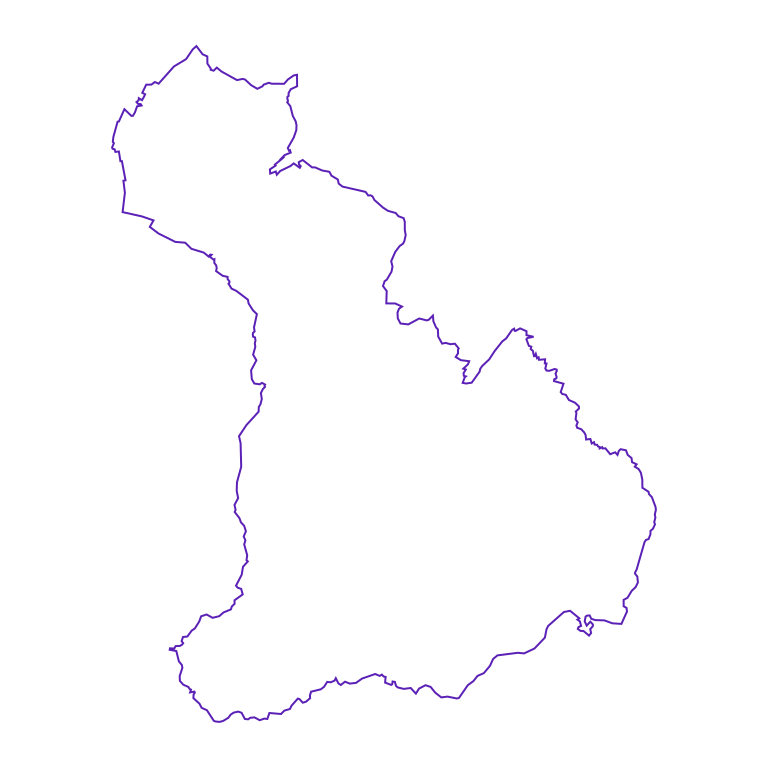 Bosorod, Hunedoara, Romania
{"feature_id": "2599482B85285073606156", "entity_name": "Bosorod", "entity_type": "district", "adm_level": 2, "iso_a3": "ROU", "parent_name": "Romania", "parent_adm1": "Hunedoara", "projection": "orthographic", "projection_center": [23.13, 45.647], "detail": "fine", "context": "isolated", "style": "outline", "palette": "violet", "viewbox_px": 768, "rotation_deg": 0, "n_neighbors": 0, "source": "geoboundaries", "source_scale": "gbopen_adm2", "svg_char_len": 6088}
<svg xmlns="http://www.w3.org/2000/svg" viewBox="0 0 768 768"><path d="M201.6,707.8L206.9,710.2L213.8,720.8L215.6,721.5L219.6,721.9L223.2,720.9L228.3,717.8L230.7,714.6L233.7,712.6L238.3,711.6L241.6,712.8L244.9,719.0L248.2,719.3L250.2,717.8L254.5,717.4L259.7,720.2L264.4,718.6L267.3,719.0L269.4,713.0L281.0,714.0L284.4,710.6L289.9,709.0L291.6,705.6L297.8,698.6L299.4,699.0L302.8,702.7L306.0,701.7L310.1,698.2L309.9,695.5L311.1,691.7L320.8,689.3L324.1,686.8L327.2,681.9L330.7,682.3L334.6,680.6L335.8,678.2L338.4,683.4L340.8,685.0L345.0,681.7L349.8,683.6L356.0,682.9L362.0,678.6L375.2,674.0L379.7,675.9L381.9,674.6L383.6,676.5L385.6,676.9L385.1,682.6L391.2,684.9L392.2,684.3L392.6,681.5L394.9,681.9L396.0,685.9L397.7,687.4L403.7,688.9L410.7,688.0L415.9,693.6L419.0,688.6L425.5,685.2L430.6,686.9L435.3,692.7L441.3,697.4L447.5,696.6L457.0,698.5L459.0,697.9L467.8,685.2L473.4,681.1L477.5,675.9L483.8,673.2L490.0,665.8L493.1,659.0L497.4,655.4L517.7,652.8L524.1,653.4L534.5,648.5L544.9,637.6L546.5,629.3L548.2,625.9L563.9,612.0L570.1,610.8L579.3,618.3L577.4,619.6L579.8,621.3L581.1,625.9L578.5,627.1L577.8,628.9L580.5,630.9L583.5,631.0L589.0,635.6L591.1,633.0L590.2,629.2L592.8,626.2L592.9,624.4L590.3,621.7L586.7,625.6L584.7,621.4L585.6,616.6L586.8,615.7L589.6,615.4L591.3,618.8L595.4,620.1L604.5,620.4L612.3,623.3L621.4,623.9L627.0,611.5L626.5,607.9L623.7,606.3L623.6,599.9L627.5,597.8L631.6,591.0L635.6,587.1L637.9,582.5L637.3,576.5L635.0,573.6L635.2,572.2L636.6,569.6L644.5,542.2L646.0,539.9L648.5,539.1L650.4,534.5L650.5,530.9L653.0,528.7L655.0,524.3L654.2,522.2L655.4,517.7L654.8,514.5L655.9,509.8L655.5,506.8L651.9,497.2L649.0,494.1L648.5,491.7L642.4,487.8L642.3,479.6L640.9,472.8L638.6,469.0L634.8,466.7L636.6,464.3L632.1,462.2L631.5,458.0L627.7,454.9L626.0,450.3L620.6,449.2L618.8,451.0L617.5,454.9L615.2,452.3L610.2,454.2L605.4,448.3L602.6,448.5L602.2,447.2L599.7,448.4L599.7,447.0L598.0,446.4L597.1,444.8L594.6,444.6L594.0,442.2L591.7,443.5L590.4,439.0L586.1,439.5L585.6,435.0L584.1,432.3L581.2,429.2L577.2,427.8L576.4,425.5L577.7,422.3L575.6,419.4L576.4,413.1L575.8,411.5L579.0,408.5L578.9,406.4L575.0,402.7L568.9,400.0L565.8,394.8L562.3,394.0L560.7,392.1L563.5,383.7L554.0,381.1L554.2,379.3L556.3,378.4L556.6,376.9L555.5,373.5L556.8,371.0L556.7,369.6L554.6,369.0L549.4,370.8L546.6,370.6L545.3,368.6L546.5,363.5L544.8,363.4L545.1,359.3L539.0,359.8L538.6,357.3L537.1,358.3L535.8,353.8L534.7,356.2L534.0,356.2L532.8,350.7L530.7,349.1L531.3,346.7L528.9,345.9L526.4,339.2L527.5,338.0L533.6,336.8L526.5,335.2L526.5,331.2L520.1,328.4L515.6,330.9L514.7,330.8L514.1,328.7L512.1,329.9L506.2,338.4L502.3,341.4L494.7,351.0L489.2,359.4L482.1,366.1L480.3,368.7L479.6,371.7L471.7,382.7L466.1,383.5L462.7,382.9L464.7,377.3L465.8,376.4L463.8,375.8L463.6,373.1L465.8,369.5L463.3,368.7L467.9,364.4L469.2,361.2L460.9,360.2L455.7,357.0L458.0,353.4L458.0,349.6L458.7,348.4L454.9,343.7L450.4,344.2L445.7,342.9L442.1,343.6L438.2,336.6L437.9,329.4L436.1,327.5L433.4,321.3L432.9,315.6L428.7,319.8L426.8,320.4L419.2,318.5L408.3,324.4L400.5,323.5L397.8,318.4L397.5,312.6L399.0,308.7L402.0,306.6L395.3,303.5L386.3,303.4L386.7,291.0L383.0,286.1L384.6,281.2L386.8,279.7L391.5,271.7L392.5,266.6L391.2,261.2L395.3,251.8L399.7,246.0L403.1,243.6L404.4,241.0L405.7,235.1L404.8,230.1L404.8,221.9L403.7,218.2L398.4,216.2L395.7,213.0L387.9,210.8L382.9,207.5L374.4,200.0L372.5,196.4L370.6,195.3L368.2,195.5L365.6,191.9L342.5,186.6L338.7,183.6L337.8,179.5L331.5,175.7L329.4,171.8L322.2,170.5L315.1,167.4L312.1,167.4L302.7,160.0L298.8,162.1L298.9,164.2L300.7,166.2L299.8,167.8L293.7,163.4L290.5,166.0L280.2,171.0L276.8,174.7L275.8,171.5L270.2,173.6L269.9,169.4L275.6,165.6L274.9,164.6L282.4,158.5L282.8,158.1L281.5,158.3L284.6,155.1L290.7,152.6L290.0,150.2L289.0,150.7L287.8,148.0L293.7,137.6L296.3,130.2L296.5,125.2L295.7,121.4L292.8,115.9L290.3,106.1L287.2,102.3L288.0,101.1L287.3,98.3L287.5,96.7L288.6,96.0L288.6,92.9L290.8,89.2L297.1,86.3L297.0,74.8L293.6,75.5L287.9,79.5L284.1,83.8L271.6,83.7L268.9,82.8L263.7,84.6L262.5,86.3L257.3,88.8L251.2,85.2L245.0,79.5L242.6,78.9L237.0,80.1L221.5,71.5L216.8,67.6L213.6,70.7L210.7,69.8L210.8,68.6L207.4,63.6L207.3,56.4L202.6,54.3L196.4,46.1L192.8,49.3L186.1,59.1L174.0,66.4L158.6,83.7L154.9,82.0L151.4,84.6L146.2,84.7L142.3,92.8L145.1,94.3L143.8,97.1L142.0,100.2L138.8,98.2L138.6,100.4L136.5,102.0L138.1,103.9L140.7,104.1L141.6,105.5L137.1,106.3L134.9,112.5L132.9,115.8L131.4,115.9L124.4,109.2L118.9,121.5L117.6,121.7L113.4,136.8L112.8,141.8L113.9,143.1L112.1,147.5L112.6,148.8L114.6,149.3L115.4,151.9L118.9,151.5L120.4,161.1L121.9,161.1L125.5,180.3L123.4,180.7L124.9,192.7L122.6,212.1L141.9,216.4L153.5,220.4L149.8,226.9L158.5,233.5L175.3,241.9L185.2,242.7L191.4,248.8L203.8,252.6L208.7,256.6L210.2,254.6L211.5,254.8L209.8,256.7L213.5,259.6L214.4,259.2L214.3,262.9L216.2,265.4L216.7,268.1L216.1,271.1L222.7,275.8L227.6,276.9L227.6,279.1L229.4,281.2L229.5,282.5L228.5,283.6L231.5,288.6L236.2,290.8L247.9,299.7L248.6,303.5L253.0,310.4L256.9,314.1L254.0,327.4L254.6,331.4L253.0,332.9L252.8,334.5L253.1,336.7L255.0,337.4L255.5,340.7L254.8,343.2L255.3,346.9L253.1,354.7L256.4,360.3L251.1,370.3L251.8,379.1L254.3,383.5L259.7,384.3L262.0,382.9L265.1,384.6L264.5,385.8L265.0,386.9L262.9,389.0L260.9,393.1L261.8,399.1L260.4,404.4L258.8,407.0L258.6,411.7L246.4,425.1L239.0,436.2L240.6,443.1L241.2,466.8L237.0,482.2L236.7,490.6L238.1,498.2L234.5,504.9L235.6,509.8L234.7,512.0L239.4,518.1L241.0,522.4L244.1,525.7L245.9,531.2L243.7,536.5L245.4,540.3L244.2,544.4L247.2,555.2L246.5,560.2L247.8,561.4L243.0,566.8L241.7,574.7L236.0,585.7L237.7,587.7L241.2,588.9L242.7,594.4L234.5,600.3L234.6,603.8L231.8,606.5L230.9,609.4L223.6,612.4L219.2,616.2L212.6,617.8L206.6,614.5L201.1,616.3L199.3,621.4L194.9,628.4L191.6,630.7L187.4,636.5L183.0,637.0L181.6,641.1L183.2,643.2L182.0,644.7L180.0,645.9L175.6,646.1L174.3,648.5L170.0,648.3L169.7,649.8L176.3,651.0L178.9,661.4L181.8,664.9L182.4,667.8L179.7,676.0L179.9,680.9L183.3,684.7L188.4,687.0L189.7,689.1L191.0,689.6L190.1,692.4L194.4,691.6L194.8,692.7L193.6,694.4L193.4,698.1L199.5,703.7L201.6,707.8Z" fill="none" stroke="#5b21b6" stroke-width="2"/></svg>